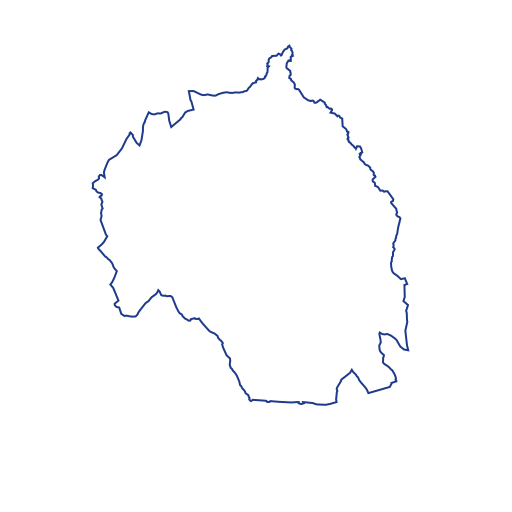 the district of Adaklu, Volta, Ghana, rotated 153°
{"feature_id": "2480657B20696154785284", "entity_name": "Adaklu", "entity_type": "district", "adm_level": 2, "iso_a3": "GHA", "parent_name": "Ghana", "parent_adm1": "Volta", "projection": "robinson", "projection_center": [0.49, 6.441], "detail": "fine", "context": "isolated", "style": "outline", "palette": "blue", "viewbox_px": 512, "rotation_deg": 153, "n_neighbors": 0, "source": "geoboundaries", "source_scale": "gbopen_adm2", "svg_char_len": 6127}
<svg xmlns="http://www.w3.org/2000/svg" viewBox="0 0 512 512"><g transform="rotate(153 256 256)"><path d="M280.3,103.1L280.3,104.4L272.3,99.3L269.9,96.8L268.6,95.8L261.5,91.8L257.4,90.6L250.5,89.3L249.7,91.9L245.7,98.1L244.8,98.8L244.5,100.9L243.4,102.0L237.5,105.7L236.1,107.1L225.3,109.2L222.3,111.1L222.1,108.6L220.9,105.1L220.7,102.7L220.2,101.6L220.4,98.4L219.9,95.7L218.4,89.8L217.9,86.7L218.1,82.8L196.2,78.6L193.2,80.7L193.0,81.4L187.8,80.6L187.5,81.4L187.8,82.6L186.8,83.5L186.4,85.7L186.2,87.5L186.5,92.5L187.1,93.3L187.5,95.0L188.5,97.8L190.5,101.2L191.1,102.9L191.1,103.7L189.5,106.4L189.1,107.4L188.2,108.1L187.0,109.6L188.3,113.0L188.6,114.7L188.5,116.0L187.5,118.8L186.6,120.5L184.1,122.3L183.9,122.7L182.9,125.4L181.5,130.5L180.5,131.6L178.9,129.1L177.0,127.7L174.5,127.0L171.9,123.8L169.6,119.4L168.9,117.2L168.6,110.8L168.4,109.5L166.5,105.4L163.2,102.9L161.9,108.2L156.8,121.7L151.0,128.7L150.7,130.0L147.6,136.7L147.1,139.0L142.8,143.3L145.1,148.9L142.1,151.9L136.9,162.8L134.0,162.4L133.5,168.6L137.4,169.6L139.1,174.3L141.1,178.0L141.5,179.7L141.4,181.4L140.3,185.2L138.9,188.5L137.2,189.9L136.9,190.9L135.9,192.1L135.4,193.1L133.9,193.9L132.3,197.1L129.3,199.1L129.4,200.7L129.8,201.5L128.6,202.9L128.0,204.9L124.8,206.6L123.8,208.1L122.9,208.7L121.8,210.4L120.2,211.6L116.3,217.0L110.3,223.9L110.5,225.5L111.9,227.1L112.3,228.4L112.2,229.3L110.4,230.8L110.2,232.7L109.6,234.3L111.5,241.9L111.3,242.5L110.8,242.9L108.9,242.9L107.9,244.2L109.4,253.9L111.5,255.0L112.7,255.1L113.4,256.8L115.6,257.8L116.0,261.8L117.0,263.4L118.0,264.4L117.0,267.0L117.1,267.9L118.0,269.1L117.9,270.2L117.2,271.3L113.6,272.3L113.5,273.7L114.1,274.1L114.3,274.9L113.2,276.7L113.5,278.8L114.5,280.4L114.7,281.4L114.1,283.0L115.2,285.8L116.4,287.0L117.4,288.7L117.3,290.3L119.2,294.8L118.9,296.2L119.1,296.8L118.7,297.6L116.9,298.5L117.3,299.0L117.3,299.8L116.8,299.8L116.1,300.3L115.4,299.9L114.3,300.1L113.5,304.0L113.6,306.3L116.0,307.9L118.2,306.2L118.1,307.3L118.9,307.7L119.2,310.0L120.1,311.7L120.4,313.5L121.3,315.2L121.0,315.6L121.4,316.3L121.0,317.2L121.4,318.5L120.8,318.7L120.6,319.4L119.8,319.4L119.5,322.5L119.0,322.5L118.7,323.3L117.8,323.7L118.1,324.7L117.6,324.9L118.3,325.7L118.1,328.2L119.9,332.2L116.8,339.3L118.3,341.4L118.1,342.4L118.6,343.5L119.2,343.9L120.1,343.6L121.1,347.1L124.5,349.9L122.2,351.3L121.7,352.0L122.2,352.4L122.3,353.4L123.6,353.8L124.6,356.2L125.3,356.5L125.0,356.9L125.3,357.5L125.1,358.9L125.6,360.5L125.1,361.4L127.8,366.1L132.2,365.3L133.4,365.5L134.3,366.0L134.3,367.7L134.8,368.7L136.0,368.9L136.4,369.3L137.1,369.3L138.0,370.4L138.7,370.8L141.4,375.7L142.2,384.6L142.8,385.7L144.1,386.2L145.2,387.6L145.2,388.3L143.5,391.3L143.6,393.6L144.9,396.5L144.8,397.2L144.5,397.5L144.5,397.9L145.6,399.5L144.2,401.4L142.8,401.7L142.0,403.4L142.0,404.4L141.5,405.1L141.6,405.8L142.5,407.2L142.5,407.9L143.4,409.4L143.2,410.6L141.1,413.7L138.4,415.4L137.7,415.3L137.4,414.4L136.4,414.0L134.7,417.6L132.4,417.6L132.7,418.7L132.0,418.8L131.0,421.0L130.9,422.7L131.2,423.4L130.3,424.5L131.0,427.2L130.8,428.2L132.5,428.0L132.9,427.4L133.9,426.8L136.9,426.9L139.9,425.2L142.0,423.4L142.7,423.3L142.9,424.6L144.0,426.1L146.8,425.1L150.9,426.9L151.9,426.2L154.7,425.9L155.8,424.8L156.6,423.1L157.7,422.5L158.3,422.6L158.7,422.3L158.7,421.4L159.8,420.1L158.4,419.1L160.5,418.1L161.1,416.6L162.5,414.4L163.5,414.0L164.9,412.2L166.4,411.9L166.7,411.0L168.8,410.4L171.4,411.0L172.0,411.8L173.2,412.1L173.5,413.6L175.3,412.2L176.3,412.1L177.1,410.7L178.9,411.2L179.8,411.0L180.4,411.4L182.0,410.8L184.1,409.6L186.3,409.0L188.8,407.5L189.8,407.5L191.8,408.1L193.0,408.0L196.8,409.2L200.2,411.2L202.2,411.7L205.4,413.3L207.1,414.8L209.1,415.7L211.8,416.5L216.4,417.3L218.5,417.2L219.9,417.5L222.1,418.9L225.7,421.9L228.7,422.7L230.3,423.5L231.9,425.0L236.7,431.3L241.0,433.4L243.6,424.5L243.4,423.2L245.1,414.8L250.9,416.2L254.0,416.0L258.5,413.2L260.5,412.8L261.2,412.1L273.0,409.4L271.9,415.9L269.5,422.6L269.5,424.2L270.5,425.2L271.6,425.8L272.8,426.1L276.1,426.2L279.2,427.9L281.6,428.1L283.1,428.8L284.5,429.8L286.3,432.7L293.2,427.2L294.5,425.6L295.4,425.3L297.0,423.8L298.6,421.5L299.8,419.0L305.6,411.0L309.6,407.4L311.0,411.0L311.5,418.2L310.8,419.7L311.8,423.1L312.8,422.8L313.6,421.5L318.1,419.2L326.5,412.8L334.3,409.1L343.4,408.4L346.0,406.6L351.5,401.8L353.6,399.5L355.1,394.8L357.0,398.5L358.4,399.0L359.4,398.3L359.9,398.3L360.7,396.3L362.6,395.7L365.2,395.7L368.4,395.0L369.4,392.4L370.7,390.6L368.6,387.6L368.8,386.0L367.9,384.2L366.0,382.7L365.2,381.1L366.0,380.0L368.2,379.9L368.7,379.3L368.2,378.8L367.7,377.4L368.1,376.4L368.2,374.0L370.5,372.0L371.1,367.9L372.4,367.4L374.7,364.4L375.2,362.3L375.9,361.1L377.7,359.3L378.2,358.3L380.0,343.2L379.6,341.1L385.0,337.6L388.3,336.3L393.1,335.2L393.2,334.2L392.1,330.4L390.7,324.3L389.5,322.2L389.3,320.7L388.2,318.7L387.5,315.1L387.6,312.8L387.9,311.5L387.8,309.4L386.9,305.7L391.9,301.1L396.0,298.0L398.7,296.7L397.7,292.2L398.8,278.7L403.5,277.7L404.0,277.0L404.1,276.0L403.4,273.9L401.3,272.2L402.3,265.6L400.4,262.2L398.7,261.8L394.6,258.6L391.1,256.9L390.2,256.9L387.8,257.9L386.6,259.0L382.6,261.0L377.2,263.5L375.3,264.3L372.5,264.5L367.9,266.6L362.3,267.5L360.0,268.7L358.6,269.9L358.0,268.1L358.2,264.4L357.7,263.5L356.0,262.3L354.6,261.8L354.0,260.8L350.7,259.4L350.0,258.7L349.3,257.2L350.3,246.4L350.3,241.9L350.0,239.7L348.6,237.5L348.7,235.8L347.7,232.5L346.7,231.3L345.3,228.9L343.8,228.3L342.7,229.3L338.8,228.4L338.7,227.6L336.5,226.3L335.3,226.3L334.2,220.1L331.7,210.6L330.8,208.9L328.3,206.0L326.6,202.5L326.9,199.9L326.5,199.0L326.4,197.9L325.7,196.7L325.2,194.4L325.1,193.5L326.3,192.6L326.9,189.2L327.3,180.9L325.7,176.6L326.5,174.4L328.8,171.0L329.3,167.8L328.7,166.4L328.6,164.2L327.8,161.6L327.4,158.1L327.9,151.5L328.8,148.2L328.3,147.2L328.3,144.1L327.8,143.0L327.3,140.2L327.6,138.6L326.0,135.4L326.4,133.8L326.2,132.3L327.1,131.5L327.0,130.3L326.4,129.1L325.2,129.0L324.3,129.4L314.5,123.5L312.5,122.2L312.5,121.2L311.8,120.5L309.7,119.8L309.1,120.2L302.0,115.8L290.9,109.4L285.5,107.1L284.2,106.4L284.8,105.5L283.7,104.2L282.7,103.5L280.3,103.1Z" fill="none" stroke="#1e3a8a" stroke-width="2"/></g></svg>